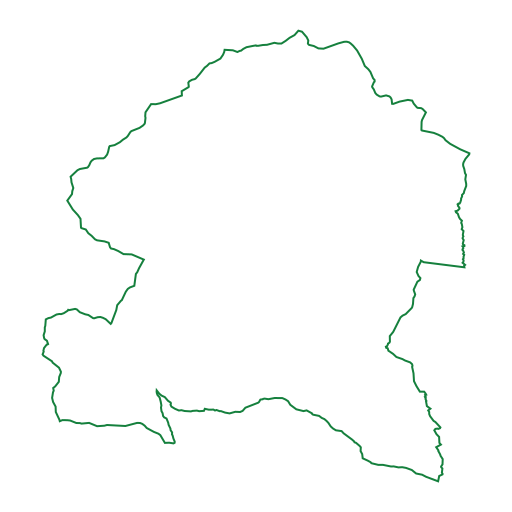 the district of Barghis, Sibiu, Romania
{"feature_id": "2599482B31071590399697", "entity_name": "Barghis", "entity_type": "district", "adm_level": 2, "iso_a3": "ROU", "parent_name": "Romania", "parent_adm1": "Sibiu", "projection": "equal_earth", "projection_center": [24.511, 46.014], "detail": "fine", "context": "isolated", "style": "outline", "palette": "green", "viewbox_px": 512, "rotation_deg": 0, "n_neighbors": 0, "source": "geoboundaries", "source_scale": "gbopen_adm2", "svg_char_len": 5968}
<svg xmlns="http://www.w3.org/2000/svg" viewBox="0 0 512 512"><path d="M442.5,464.4L442.7,459.1L440.5,455.7L440.2,454.5L438.3,451.0L438.4,450.4L436.2,447.2L440.9,444.6L439.4,442.9L439.1,436.9L436.5,434.2L434.3,430.3L435.4,428.9L437.3,428.6L438.3,428.9L440.0,428.2L440.4,427.4L435.4,422.0L433.6,420.9L430.1,416.2L429.2,414.0L429.2,412.0L428.2,410.4L430.4,408.7L426.9,406.1L426.0,401.2L426.4,400.9L425.5,399.0L425.7,398.5L425.0,397.0L425.7,396.8L425.1,395.0L426.2,394.7L425.6,393.6L424.2,391.7L419.9,391.7L416.5,386.2L414.0,381.2L413.5,373.3L412.1,366.8L412.5,365.9L412.1,364.2L410.2,362.4L405.0,360.5L402.5,359.1L396.4,357.0L393.1,353.9L388.4,350.7L387.7,348.3L386.2,347.8L385.9,346.7L387.0,346.2L387.9,344.4L388.0,343.6L389.4,342.7L389.9,341.7L389.8,336.1L393.2,331.9L400.5,317.4L402.6,315.6L405.7,314.1L411.7,308.0L412.2,307.1L413.0,303.9L413.4,298.1L414.5,296.5L415.2,294.4L413.8,290.5L413.7,289.6L417.4,281.7L419.9,280.0L420.4,278.1L418.5,276.0L416.7,272.0L418.1,266.9L420.8,261.7L420.9,260.6L423.7,262.2L464.4,267.3L464.1,265.8L465.1,264.9L462.6,262.8L463.4,261.8L463.6,260.3L462.9,259.2L463.6,258.2L463.5,256.8L464.2,254.8L463.1,253.9L463.9,252.5L463.1,250.5L462.5,250.0L462.5,249.3L463.3,248.3L463.1,247.0L462.6,246.4L464.4,246.0L464.4,245.2L463.1,244.5L462.8,243.6L463.7,240.1L462.6,238.4L462.8,237.3L463.4,236.4L462.8,235.0L463.5,231.0L461.7,229.2L462.4,227.2L461.8,224.0L461.2,222.9L461.9,220.7L460.0,218.9L459.0,217.2L457.8,213.7L456.0,212.3L455.6,211.2L457.5,210.7L459.5,208.7L459.4,207.7L457.9,205.8L458.2,204.7L457.7,204.2L458.5,203.5L459.6,203.5L460.2,202.6L461.1,199.8L461.1,198.5L462.1,196.5L462.0,195.0L463.8,193.1L464.2,191.2L466.2,186.0L466.2,183.9L465.3,179.3L466.0,174.9L465.0,173.1L464.3,169.1L463.2,165.9L463.1,164.2L463.5,162.5L465.5,158.8L469.2,154.4L469.4,153.3L460.2,149.3L450.1,143.8L445.5,140.2L444.0,138.1L442.4,136.8L438.3,134.7L433.8,132.9L421.9,130.5L421.4,130.0L421.6,121.9L422.0,120.1L425.9,112.4L422.5,108.9L421.0,108.1L417.8,107.9L416.9,107.4L413.7,103.6L412.2,100.6L407.9,99.9L399.6,101.6L393.2,103.9L392.1,103.8L391.6,99.4L390.6,97.5L389.4,96.4L386.1,95.4L381.0,96.6L379.6,96.4L376.7,94.6L375.3,93.0L373.8,89.4L372.3,87.3L372.1,86.4L373.9,82.2L374.6,81.6L374.6,80.0L373.1,78.3L370.4,71.9L368.3,69.2L364.8,66.0L361.8,58.8L357.1,50.5L353.1,45.7L350.7,43.5L349.0,42.3L346.7,41.7L344.1,41.8L338.3,43.4L323.5,48.7L318.4,48.4L313.8,46.0L309.1,44.9L308.4,44.3L307.9,43.5L308.3,40.5L306.7,37.2L302.0,31.7L298.4,30.7L294.5,35.1L289.6,37.8L285.6,40.9L281.5,43.5L277.8,43.5L274.4,42.8L267.0,44.8L262.9,45.0L258.2,45.8L256.3,45.8L255.9,45.4L253.0,45.9L246.5,47.2L243.3,48.9L241.0,50.7L239.7,50.9L237.4,52.0L232.9,50.3L224.6,49.8L224.2,52.0L223.0,54.8L220.4,58.6L214.5,61.9L211.6,63.1L209.5,63.4L207.0,65.9L204.7,67.6L199.8,73.9L195.7,78.5L194.7,79.1L192.0,79.8L189.2,81.4L188.3,82.7L188.8,86.5L188.6,87.1L181.7,91.2L181.9,95.5L160.0,103.3L155.8,104.2L151.1,104.1L145.5,112.3L145.2,116.2L145.5,117.9L144.9,123.0L144.6,123.8L143.0,125.5L139.5,127.9L131.4,131.1L130.3,132.1L127.8,136.0L126.4,137.5L122.9,139.7L119.9,142.2L114.6,145.1L109.7,146.1L109.2,146.9L108.1,151.8L107.1,154.6L104.9,157.4L103.5,158.3L97.0,158.4L94.0,159.0L91.7,160.7L90.5,162.3L89.2,165.3L87.9,167.2L87.1,167.7L79.9,169.0L77.5,170.2L70.6,176.7L71.2,179.1L71.5,182.3L73.3,188.0L72.3,191.1L72.0,194.1L67.3,200.6L72.8,209.5L77.9,215.1L80.5,218.8L81.0,227.6L81.4,228.1L85.8,229.5L88.3,233.2L91.6,235.8L95.0,239.3L97.0,240.3L104.5,241.4L108.7,242.8L110.0,247.2L111.0,248.5L113.9,249.1L118.2,251.0L123.5,254.1L131.7,254.4L143.8,259.6L139.1,268.1L137.2,272.3L135.9,273.9L134.3,285.8L130.0,287.4L127.8,288.9L125.8,291.7L121.8,300.2L121.0,300.7L117.2,305.2L116.3,310.0L111.4,323.1L110.7,323.9L105.7,319.2L102.9,317.8L100.4,317.0L97.7,317.2L94.1,318.3L93.0,318.1L88.4,315.0L85.2,314.3L79.8,312.2L76.8,309.4L75.1,308.9L69.2,310.1L68.2,309.8L67.7,310.7L63.8,313.2L61.2,314.1L59.2,314.0L56.5,314.5L50.9,317.6L48.4,318.1L45.8,319.4L45.3,325.8L44.8,327.4L44.8,331.4L43.6,335.2L44.1,338.0L44.6,339.1L46.9,340.7L48.1,344.1L47.8,344.3L47.5,344.0L46.3,345.1L44.0,348.1L43.4,350.8L43.7,351.6L42.6,354.4L43.5,355.7L52.0,361.3L52.6,362.6L59.0,367.7L60.9,371.7L60.8,373.0L59.2,377.0L58.8,381.8L55.2,386.4L53.2,388.0L53.7,390.7L53.0,392.3L52.1,397.9L53.1,402.0L55.6,406.6L55.8,412.0L59.4,419.7L59.8,421.2L62.4,420.1L67.2,420.2L70.1,420.5L76.3,423.0L79.9,423.1L81.6,423.6L89.1,422.9L97.1,426.2L104.4,425.7L107.0,425.0L125.4,426.0L137.1,422.9L140.1,423.0L142.3,423.9L144.7,425.7L146.7,428.0L153.9,431.9L158.4,433.7L160.3,435.1L164.9,442.9L169.1,442.7L173.5,443.4L174.6,442.8L174.7,441.6L173.4,438.5L172.6,435.4L172.0,434.5L172.1,432.4L170.6,430.2L170.4,428.5L168.6,424.8L168.2,422.7L166.5,418.5L164.2,417.4L163.1,416.0L162.6,413.2L161.5,411.2L161.0,407.6L161.4,405.4L160.7,401.6L159.6,397.4L157.5,395.0L156.9,393.4L156.6,391.8L156.7,390.4L159.3,393.7L161.6,395.6L164.8,397.1L168.0,400.8L170.7,402.6L170.9,403.8L170.5,404.7L171.4,406.6L175.0,408.8L178.9,410.5L181.5,410.2L184.6,411.0L190.9,411.4L192.6,410.9L196.9,410.6L199.2,411.2L203.3,410.9L204.0,410.8L204.8,408.8L208.9,409.7L213.5,409.6L215.0,410.5L216.5,410.0L219.7,411.2L220.9,411.1L225.1,412.6L229.6,413.4L235.3,411.8L240.1,412.0L242.6,410.9L245.4,407.7L258.2,402.7L259.1,401.9L260.3,399.7L260.7,399.5L262.7,399.3L263.1,398.9L264.6,398.6L268.4,399.2L274.7,398.0L282.4,398.1L285.5,399.5L288.1,401.2L290.3,404.8L296.3,409.3L303.5,411.1L306.6,410.4L311.9,413.3L312.3,414.2L313.2,414.7L319.1,415.9L321.7,417.9L324.4,419.1L326.5,420.9L328.4,422.9L330.7,426.4L333.0,428.5L335.9,430.3L341.6,431.1L343.6,433.3L352.1,439.6L354.1,441.4L354.5,442.3L356.0,442.8L359.6,445.9L360.8,447.3L360.6,451.1L362.2,454.1L362.7,458.3L367.7,460.6L370.6,462.2L371.4,463.2L378.4,464.9L383.1,464.9L391.1,466.5L393.7,466.4L398.5,467.4L402.2,467.2L406.0,467.9L411.8,470.0L416.1,473.5L422.1,474.7L426.1,476.8L438.1,481.3L439.2,476.0L442.5,474.4L442.6,473.9L441.9,472.7L442.4,468.5L441.2,467.2L441.1,466.5L442.5,464.4Z" fill="none" stroke="#15803d" stroke-width="2"/></svg>